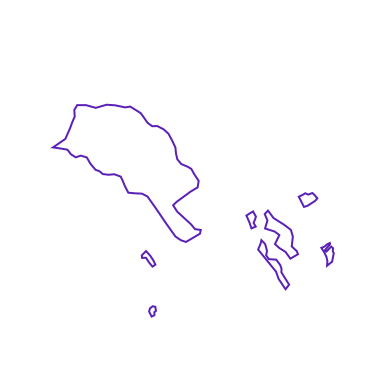 Gunsan-si, North Jeolla, South Korea, rotated 237°
{"feature_id": "91817680B51344731064077", "entity_name": "Gunsan-si", "entity_type": "district", "adm_level": 2, "iso_a3": "KOR", "parent_name": "South Korea", "parent_adm1": "North Jeolla", "projection": "natural_earth1", "projection_center": [126.551, 35.9], "detail": "fine", "context": "isolated", "style": "outline", "palette": "violet", "viewbox_px": 384, "rotation_deg": 237, "n_neighbors": 0, "source": "geoboundaries", "source_scale": "gbopen_adm2", "svg_char_len": 2056}
<svg xmlns="http://www.w3.org/2000/svg" viewBox="0 0 384 384"><g transform="rotate(237 192 192)"><path d="M305.1,99.7L299.4,106.2L295.3,110.6L289.5,111.0L284.4,113.4L283.1,118.5L278.3,122.6L271.2,122.2L263.1,123.2L260.0,125.6L255.6,127.0L251.9,131.4L249.2,136.5L243.7,140.6L238.6,139.9L233.5,138.9L226.1,138.2L222.3,143.0L217.9,149.1L212.5,152.2L197.9,152.8L179.2,153.2L171.7,153.5L163.6,153.9L157.8,156.3L153.4,159.7L153.1,166.1L152.7,176.0L155.4,178.7L159.2,174.3L165.3,173.6L183.6,168.9L191.1,168.9L192.1,173.6L193.1,191.0L192.8,199.2L197.6,203.6L205.7,203.6L211.8,204.0L215.9,201.9L221.3,198.2L227.4,197.5L232.9,199.5L238.3,202.3L245.5,203.3L253.6,204.0L260.1,202.3L266.2,198.8L268.9,194.4L274.3,192.4L285.9,192.0L289.0,190.6L297.3,186.7L299.3,182.1L306.7,174.6L311.7,167.9L315.0,157.1L322.5,150.5L327.4,143.0L324.9,138.0L319.1,134.7L315.8,129.7L312.0,124.6L305.5,114.7L305.1,99.7ZM103.1,233.2L97.3,234.8L90.8,237.8L82.5,238.2L82.1,247.0L85.4,247.7L92.0,246.0L99.7,252.3L106.3,254.3L114.2,251.5L125.7,246.2L135.0,245.6L133.9,241.0L127.1,239.8L121.6,233.4L113.8,239.8L108.3,241.8L103.1,233.2ZM107.7,216.1L79.3,219.1L72.0,217.3L59.5,217.5L61.4,223.0L75.9,223.2L79.1,225.4L82.9,226.2L89.4,225.8L93.8,219.9L98.5,219.7L101.7,222.8L108.5,225.0L113.8,224.0L111.4,221.5L107.7,216.1ZM122.8,293.1L125.6,292.4L126.5,288.1L129.3,286.2L129.3,283.7L129.9,279.0L118.5,277.8L117.5,281.5L117.5,284.6L117.5,290.6L118.5,293.7L122.8,293.1ZM64.3,269.4L60.3,267.9L56.6,265.1L57.3,271.6L63.5,277.6L65.8,277.9L68.0,279.7L70.4,279.0L68.8,272.3L69.8,271.5L71.0,272.3L72.1,276.0L72.6,278.2L73.2,279.5L74.2,279.8L74.5,276.6L74.2,274.2L74.2,272.3L74.7,270.1L69.9,270.1L64.3,269.4ZM142.6,228.8L142.6,224.8L135.2,223.6L129.1,222.0L128.3,226.6L132.5,226.8L135.0,230.4L136.6,232.2L142.4,232.6L142.6,228.8ZM160.9,122.3L167.5,121.3L166.2,115.4L164.0,114.2L161.9,117.6L156.3,117.6L151.0,118.2L151.0,121.7L155.1,122.3L160.9,122.3ZM117.6,96.8L117.3,93.4L115.1,90.9L109.5,90.3L109.2,93.4L111.7,95.0L112.0,97.1L115.7,98.7L117.6,96.8Z" fill="none" stroke="#5b21b6" stroke-width="2"/></g></svg>